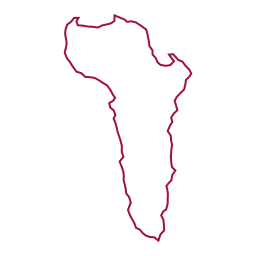 the district of Caxambu, Minas Gerais, Brazil
{"feature_id": "56859067B54903020095335", "entity_name": "Caxambu", "entity_type": "district", "adm_level": 2, "iso_a3": "BRA", "parent_name": "Brazil", "parent_adm1": "Minas Gerais", "projection": "albers", "projection_center": [-44.947, -21.993], "detail": "fine", "context": "isolated", "style": "outline", "palette": "rose", "viewbox_px": 256, "rotation_deg": 0, "n_neighbors": 0, "source": "geoboundaries", "source_scale": "gbopen_adm2", "svg_char_len": 1676}
<svg xmlns="http://www.w3.org/2000/svg" viewBox="0 0 256 256"><path d="M74.2,17.9L70.9,21.9L67.2,24.6L65.6,29.4L65.1,33.5L66.0,39.0L66.7,43.1L66.0,47.1L64.7,52.8L67.1,58.5L69.9,61.9L72.7,66.5L76.4,71.6L81.3,73.2L85.3,76.9L90.0,77.2L94.7,77.9L99.5,80.6L102.8,82.8L107.2,85.5L110.6,90.3L112.9,94.7L115.1,97.8L113.1,100.8L109.2,103.1L110.2,107.4L113.7,110.4L115.4,115.0L113.6,118.5L115.4,122.9L116.5,126.7L117.4,131.1L118.8,135.4L120.3,139.8L121.8,145.5L121.8,151.9L123.4,156.9L119.6,161.5L121.6,166.5L123.3,171.4L123.8,175.3L123.6,179.7L124.7,184.4L125.6,188.4L126.3,193.6L129.1,197.0L130.8,202.7L129.3,206.4L128.0,210.0L129.5,214.1L131.9,218.9L134.4,223.2L136.0,227.8L139.9,229.7L142.9,233.3L145.9,235.6L149.8,237.0L154.3,237.3L158.4,240.6L160.4,234.5L164.2,230.3L163.9,225.0L163.4,219.7L161.2,215.5L163.1,211.6L166.2,209.4L167.7,203.4L167.7,198.8L167.9,193.8L167.3,189.5L166.4,185.9L168.7,183.1L171.4,180.2L172.3,174.9L175.4,170.5L171.9,167.0L171.2,161.9L170.8,156.4L171.2,152.6L171.4,148.9L172.1,145.1L171.2,141.0L170.7,135.5L167.7,131.1L170.1,125.4L172.3,121.9L171.2,117.4L173.9,113.4L177.4,110.2L176.1,105.7L174.7,100.6L176.9,96.8L179.9,93.6L184.1,89.5L185.3,84.8L185.9,80.0L189.1,76.9L191.3,73.6L189.3,69.6L185.5,65.8L182.5,61.7L178.2,59.9L175.6,56.9L173.0,54.2L169.0,54.6L171.5,58.1L174.0,61.2L170.3,65.1L165.9,65.8L160.5,64.9L157.5,62.2L155.8,58.1L152.6,54.6L152.5,50.4L149.4,46.1L149.0,42.0L147.8,35.9L146.3,29.6L140.8,25.6L135.7,22.3L131.1,21.3L127.1,21.8L124.5,19.5L120.5,17.9L114.6,15.4L114.4,21.0L110.8,23.4L106.9,24.4L102.2,25.4L97.8,27.6L93.0,26.8L88.5,26.6L83.0,25.7L77.7,25.2L76.4,21.1L78.5,17.9L74.2,17.9Z" fill="none" stroke="#9f1239" stroke-width="2"/></svg>